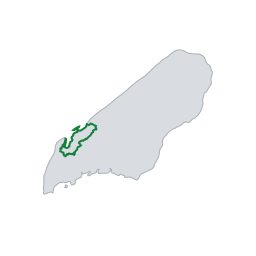 where Analanjirofo sits in Madagascar, rotated 214°
{"feature_id": "MDG-5863", "entity_name": "Analanjirofo", "entity_type": "Autonomous Province", "adm_level": 1, "iso_a3": "MDG", "parent_name": "Madagascar", "parent_adm1": "", "projection": "albers", "projection_center": [49.502, -16.347], "detail": "fine", "context": "in_parent", "style": "outline", "palette": "green", "viewbox_px": 256, "rotation_deg": 214, "n_neighbors": 0, "source": "natural_earth", "source_scale": "10m", "svg_char_len": 6686}
<svg xmlns="http://www.w3.org/2000/svg" viewBox="0 0 256 256"><g transform="rotate(214 128 128)"><path d="M165.2,31.7L165.8,33.3L166.6,34.8L169.1,38.5L170.1,39.9L171.0,41.4L171.4,44.3L173.0,49.0L174.4,55.9L174.9,63.1L175.3,66.3L176.4,69.4L178.3,72.6L178.9,76.2L177.7,79.9L176.1,83.3L175.6,84.0L174.9,84.8L174.5,84.8L173.2,83.9L172.1,82.4L170.8,79.0L170.3,77.3L169.7,77.0L168.1,77.1L167.0,78.2L166.8,78.9L167.0,80.8L167.4,82.6L167.6,84.4L167.7,86.6L168.1,87.3L168.7,87.8L169.4,89.3L169.5,92.8L169.1,94.5L168.0,96.0L168.0,96.8L168.4,97.7L168.0,98.2L166.6,98.9L166.0,99.4L165.2,101.0L163.9,104.1L163.7,105.7L164.5,110.6L164.3,114.0L162.6,120.6L161.7,123.7L160.4,127.5L158.3,132.4L156.3,138.6L154.6,144.9L153.4,148.8L152.0,152.5L150.0,159.2L148.4,165.9L146.0,173.4L142.7,181.6L142.3,182.7L141.6,186.9L140.9,190.6L140.1,194.2L138.2,200.2L138.0,202.0L137.6,203.8L135.8,207.6L135.1,209.0L134.6,210.5L134.3,212.3L133.8,214.1L132.5,217.5L130.5,220.4L129.2,221.4L126.3,222.9L124.9,223.3L121.6,223.4L118.5,224.3L115.3,226.0L112.1,227.9L110.9,228.8L109.6,229.4L105.5,229.6L104.2,229.2L100.0,226.2L98.4,225.7L95.3,225.3L94.4,225.1L93.5,224.7L92.2,223.1L89.7,221.8L89.1,221.4L88.7,220.5L88.4,219.5L87.8,218.3L87.2,216.2L86.4,214.7L84.1,212.0L83.8,211.2L83.5,208.3L83.5,206.4L83.2,202.9L83.4,201.2L84.2,199.7L83.8,198.1L82.9,196.4L82.5,194.6L81.9,193.0L79.4,190.2L78.8,188.8L78.3,187.3L77.3,182.7L77.1,181.1L77.2,177.7L77.5,176.0L78.0,174.7L78.1,173.8L78.5,173.0L79.0,172.4L79.4,171.6L80.2,167.2L81.3,166.2L83.0,165.6L84.3,164.5L85.0,162.9L85.7,159.7L87.8,156.5L88.5,154.8L90.2,152.3L91.6,148.7L92.0,147.1L92.3,145.4L92.6,141.6L92.9,139.8L92.8,137.9L91.8,136.1L89.6,132.7L89.6,132.0L89.7,129.5L89.4,127.7L88.6,125.8L87.6,124.1L86.5,120.9L85.9,115.6L85.9,113.7L85.6,111.9L84.8,110.3L85.3,107.5L91.4,96.9L91.5,95.7L91.2,92.5L91.3,90.7L91.5,90.0L92.0,89.6L93.1,89.4L98.2,88.8L98.9,88.5L100.1,87.6L101.9,85.8L102.7,85.3L103.4,85.5L103.8,86.2L104.4,86.6L106.5,85.8L107.3,85.7L108.1,85.8L108.5,85.1L108.7,84.2L109.0,83.5L109.5,83.1L112.2,82.9L113.9,82.6L116.1,81.9L116.6,82.0L118.5,84.3L119.0,84.5L119.7,84.6L120.3,84.2L118.8,83.0L118.6,82.3L118.7,81.5L119.4,79.7L120.7,78.4L123.6,76.4L126.6,74.1L127.4,73.9L128.2,74.2L128.8,76.9L128.7,77.4L129.2,77.4L129.7,77.1L130.2,76.0L130.2,75.1L129.8,74.2L129.6,73.5L129.6,72.8L131.1,71.2L132.3,69.7L132.8,67.8L133.3,67.0L134.6,66.0L134.9,66.2L135.2,67.0L135.4,67.8L135.1,68.6L134.6,69.4L134.5,70.4L135.2,70.6L135.9,70.4L136.8,68.4L137.9,66.6L138.6,65.7L139.4,65.0L140.8,65.1L142.2,65.5L140.0,63.6L139.4,61.0L142.0,56.4L142.0,55.5L142.4,55.2L142.6,54.8L141.2,53.3L140.9,52.5L141.1,51.3L141.8,50.3L142.3,49.6L143.2,49.3L143.9,49.7L145.4,51.0L146.4,51.1L147.6,49.9L148.5,48.4L150.0,47.4L151.7,46.7L154.3,44.3L155.9,39.3L156.1,37.9L155.7,36.1L155.1,34.4L154.1,32.3L154.3,31.9L155.7,32.1L156.2,31.8L157.7,30.0L160.3,26.4L161.1,26.4L161.8,27.1L162.1,28.1L162.6,28.8L164.3,30.5L165.2,31.7ZM147.6,45.8L147.6,46.3L145.7,46.1L145.4,44.2L146.3,44.2L146.5,43.4L147.1,43.3L147.7,45.0L147.6,45.8ZM170.9,99.0L169.3,101.8L169.7,99.5L171.6,96.2L172.1,95.9L170.9,99.0Z" fill="#d9dde1" stroke="#a8b0b8" stroke-width="1"/><path d="M173.7,84.2L173.4,84.3L172.7,83.6L172.4,83.3L172.3,82.9L172.2,82.1L172.0,81.9L171.8,81.7L171.6,81.5L171.5,81.4L171.4,81.2L171.3,80.9L171.3,80.7L171.3,80.4L171.4,80.2L171.5,80.0L171.5,79.8L171.4,79.6L171.2,79.4L170.9,79.4L170.5,78.8L170.4,78.6L170.5,78.2L170.5,77.9L170.4,77.1L170.5,77.0L170.5,76.9L170.4,76.7L170.1,76.7L169.7,76.9L169.2,76.9L168.2,76.9L167.8,77.1L167.4,77.4L166.6,78.6L166.6,79.0L166.9,79.8L166.9,80.0L166.8,80.6L166.7,80.6L166.8,80.8L167.0,81.0L167.3,81.7L167.5,82.2L167.6,83.0L167.7,83.4L167.9,83.8L168.0,84.0L167.9,84.3L167.8,84.5L167.4,85.3L167.2,85.7L167.2,86.2L167.3,86.7L167.5,87.2L167.9,87.5L168.8,87.9L169.3,88.1L169.6,88.6L169.6,89.1L169.3,90.5L169.3,91.0L169.4,91.6L169.7,91.8L169.8,91.9L169.8,92.1L169.8,92.7L169.7,92.9L169.7,93.0L169.7,93.6L168.9,95.1L168.5,95.6L167.8,96.1L167.8,96.8L167.9,97.1L168.2,97.4L168.5,97.7L168.8,97.9L169.1,97.9L169.5,97.9L169.1,98.1L168.6,98.3L167.8,98.4L167.4,98.6L166.7,98.7L166.4,98.8L166.2,98.9L166.0,99.2L165.0,101.1L164.3,103.0L163.6,104.8L163.5,105.8L163.5,106.1L164.0,106.8L164.2,108.2L162.2,108.4L161.6,109.6L161.6,110.7L159.8,111.3L157.7,111.4L155.7,111.8L155.3,110.5L153.9,109.8L153.5,109.0L154.8,108.1L155.5,106.1L154.6,105.0L155.3,103.3L154.9,100.9L155.8,98.6L155.8,97.3L156.2,95.7L156.9,95.5L157.0,95.5L157.1,95.4L157.1,95.2L156.9,94.9L156.9,94.7L157.0,94.6L157.1,94.4L157.3,94.3L157.4,94.1L157.6,93.7L157.8,93.4L157.8,93.2L157.9,92.8L157.9,92.7L158.0,92.4L158.3,92.4L158.9,92.1L159.2,91.8L159.4,91.5L159.5,91.4L159.5,91.2L160.4,89.4L160.5,89.2L160.5,88.9L160.4,88.7L160.4,88.4L160.4,88.2L160.1,88.1L159.9,88.0L159.4,88.0L158.9,87.9L157.6,87.3L157.5,87.2L157.4,87.2L157.6,86.5L157.8,86.0L157.8,85.9L157.9,85.5L158.0,85.3L158.1,85.2L158.5,84.8L158.7,84.5L158.9,84.1L158.9,83.9L158.9,83.7L158.7,82.8L158.6,82.5L158.5,82.2L158.4,82.1L158.2,81.9L158.2,81.7L158.2,81.4L158.4,80.7L158.6,78.8L158.6,78.7L158.5,78.4L158.5,78.1L158.6,77.9L158.8,77.7L159.0,77.5L159.1,77.4L159.1,77.2L158.9,77.2L158.7,77.2L158.4,77.1L158.2,77.1L157.9,77.0L157.8,76.9L157.7,76.8L157.7,76.7L157.7,76.4L157.6,76.2L157.6,75.8L157.6,75.7L157.9,75.6L158.2,75.6L158.4,75.5L158.5,75.5L158.8,75.5L159.0,75.5L159.4,75.3L159.7,75.2L159.9,75.1L160.0,75.0L160.1,74.9L160.2,74.7L160.3,74.6L160.5,74.6L160.8,74.6L161.0,74.6L161.5,74.3L161.6,74.2L161.8,74.0L162.0,74.0L162.1,73.9L162.4,74.0L162.5,74.0L162.7,73.9L162.8,73.8L162.8,73.6L162.9,73.4L162.8,73.2L162.7,73.1L162.7,72.9L162.7,72.7L162.8,72.5L163.2,72.6L163.3,72.7L163.5,72.7L163.8,72.5L163.9,72.4L164.0,72.1L164.0,71.9L163.9,71.7L163.9,71.4L164.0,71.0L164.0,70.9L164.1,70.6L164.0,70.2L164.0,69.9L164.1,69.7L164.2,69.8L164.3,69.8L164.6,70.0L164.8,70.1L165.0,70.1L165.4,69.6L165.5,69.6L165.8,69.5L166.7,70.2L167.0,70.6L167.1,70.8L167.5,71.3L167.8,71.5L169.0,71.0L169.3,71.0L169.5,71.0L170.2,71.1L170.3,71.1L170.6,71.0L170.9,70.9L170.9,71.0L171.0,71.0L171.5,71.7L172.4,73.0L172.5,73.1L172.4,73.2L172.4,73.3L171.9,73.5L171.7,73.7L171.6,73.8L171.7,74.1L172.0,74.4L172.1,74.6L172.2,74.8L172.0,75.2L171.9,75.6L171.9,75.8L171.9,76.0L172.0,76.1L172.5,76.9L172.6,77.1L172.5,77.3L172.3,78.0L172.2,78.2L172.3,78.5L172.2,78.6L172.1,79.2L172.1,79.3L172.3,80.0L172.5,80.6L172.6,81.1L172.6,81.3L172.7,81.5L172.8,81.7L172.9,81.9L173.0,82.0L173.0,82.4L173.6,84.1L173.7,84.2ZM171.2,97.2L171.2,96.7L171.3,96.5L171.4,96.3L171.6,96.1L172.2,95.8L172.1,96.2L171.6,97.3L171.2,98.4L170.5,100.0L170.0,100.7L169.6,101.6L169.3,101.9L169.2,101.5L169.2,101.1L169.6,100.4L169.6,100.1L169.7,99.5L169.7,99.3L169.9,99.1L170.2,98.7L171.2,97.2Z" fill="none" stroke="#15803d" stroke-width="2"/></g></svg>